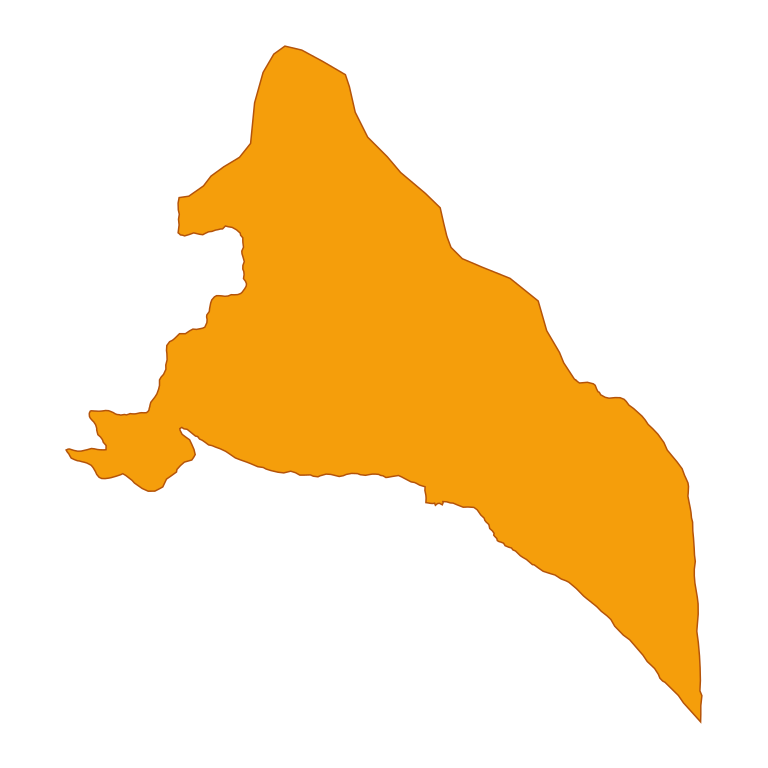 the district of Kigoma Urban, Kigoma, United Republic of Tanzania
{"feature_id": "72390352B17759889395693", "entity_name": "Kigoma Urban", "entity_type": "district", "adm_level": 2, "iso_a3": "TZA", "parent_name": "United Republic of Tanzania", "parent_adm1": "Kigoma", "projection": "mercator", "projection_center": [29.65, -4.894], "detail": "fine", "context": "isolated", "style": "filled", "palette": "amber", "viewbox_px": 768, "rotation_deg": 0, "n_neighbors": 0, "source": "geoboundaries", "source_scale": "gbopen_adm2", "svg_char_len": 5274}
<svg xmlns="http://www.w3.org/2000/svg" viewBox="0 0 768 768"><path d="M179.1,197.6L178.1,203.1L178.3,209.9L179.3,214.3L178.5,219.3L179.1,224.9L178.1,232.8L179.4,233.8L180.4,234.9L182.6,235.2L184.6,235.9L189.0,234.6L193.7,232.9L199.7,234.3L202.8,234.7L205.2,233.4L208.6,231.8L212.0,231.4L215.5,230.1L218.2,229.6L220.5,229.0L222.6,228.9L225.4,226.0L228.1,226.7L232.2,227.4L236.5,229.8L240.2,233.1L240.6,235.2L242.8,237.8L242.8,239.8L242.9,242.5L243.5,247.2L241.8,251.1L242.0,253.8L242.9,256.6L244.3,261.6L242.9,265.4L242.8,269.1L243.8,271.5L244.1,274.6L243.5,278.6L245.5,281.3L246.5,283.8L246.2,286.2L244.8,288.6L242.1,292.3L240.7,293.5L237.8,294.6L234.2,294.8L231.2,294.7L228.1,296.0L224.9,296.3L221.9,295.9L219.2,295.7L216.5,295.7L214.4,296.9L211.8,299.9L210.7,302.9L209.6,308.6L209.3,311.5L206.8,315.0L206.6,317.0L207.1,319.5L206.9,322.6L206.0,324.6L204.8,327.2L202.6,328.2L196.6,329.4L192.9,329.1L189.7,330.8L185.4,333.7L179.5,333.7L174.4,338.7L172.4,340.3L169.6,341.7L166.8,345.5L166.5,350.5L166.9,353.6L167.1,359.8L165.8,365.0L165.9,369.3L163.6,374.3L161.1,377.1L159.5,379.9L159.5,385.5L158.6,389.2L156.9,393.9L154.8,397.2L150.8,402.3L150.0,405.2L149.8,406.6L149.3,408.1L148.9,410.2L147.8,411.7L146.3,412.7L143.8,412.8L141.6,412.7L139.8,412.9L136.6,413.6L135.0,413.9L133.4,413.9L131.6,413.8L130.1,413.6L128.9,414.1L126.5,414.9L124.4,414.5L120.7,415.1L119.3,414.7L117.0,414.5L115.2,413.8L113.3,412.6L110.5,411.4L108.6,410.7L105.6,410.5L102.9,410.9L101.0,411.1L99.5,411.2L98.0,411.2L96.6,411.1L94.4,411.0L91.3,410.8L90.3,411.1L89.9,411.9L89.3,413.2L89.3,414.7L89.5,416.6L90.4,418.3L92.5,420.7L93.7,421.8L94.7,423.4L95.6,424.7L96.1,426.3L96.7,428.3L96.7,430.0L97.0,431.2L97.2,432.1L97.9,434.7L100.5,437.0L102.5,439.8L103.3,442.3L106.1,445.5L106.0,449.7L104.1,449.9L100.2,449.8L97.4,449.5L94.2,448.8L91.4,448.5L87.2,449.7L81.1,451.1L77.8,451.2L73.9,450.4L69.5,449.0L68.1,449.1L66.1,450.0L67.2,451.9L68.9,454.0L69.8,455.8L71.2,458.1L74.4,459.6L77.3,460.7L79.5,461.0L81.9,461.7L84.1,462.2L86.8,463.0L89.4,464.3L91.2,465.3L93.1,467.6L95.5,471.7L96.7,474.4L99.1,477.3L101.7,478.5L105.1,478.6L108.9,478.1L111.3,477.6L116.2,476.2L120.7,474.7L122.8,473.7L126.0,475.6L132.1,480.4L134.4,483.0L142.2,488.5L148.2,491.2L154.9,491.1L159.4,488.8L162.8,486.9L166.5,479.1L171.4,475.7L176.5,472.0L176.9,469.5L180.5,465.5L184.4,462.1L191.8,460.0L193.7,457.3L195.2,454.6L194.0,449.5L191.7,444.2L189.6,439.8L185.5,436.9L182.1,434.3L180.0,430.1L179.8,428.6L181.8,427.4L183.9,428.8L187.1,429.3L190.0,431.6L193.0,434.1L195.5,436.1L197.6,436.5L199.5,439.0L202.3,440.3L205.3,442.4L208.6,444.9L212.0,445.6L215.6,447.1L220.3,448.8L225.6,451.3L228.5,453.2L235.3,457.9L240.2,459.8L247.0,462.2L250.8,463.7L257.8,466.7L263.3,467.5L266.0,469.0L270.7,470.5L277.9,472.2L283.8,472.9L290.7,471.2L295.5,472.7L299.8,475.1L304.4,475.1L310.4,474.9L313.3,476.2L318.0,476.8L320.1,475.8L323.3,474.9L326.1,474.1L330.8,474.4L334.8,475.4L339.2,476.5L343.3,475.7L346.4,474.4L351.6,473.4L357.5,473.6L360.3,474.7L365.5,475.3L368.7,474.7L372.3,474.1L375.5,474.1L378.7,474.4L380.6,475.4L383.0,475.8L385.9,477.5L387.8,477.3L392.1,476.5L398.5,475.5L401.8,477.0L405.0,478.7L411.1,481.9L414.6,482.5L416.9,483.6L419.6,485.1L425.1,486.8L424.9,490.4L425.9,495.4L426.1,498.2L425.9,502.6L428.5,503.0L430.8,503.4L432.9,503.5L434.6,503.2L435.4,505.3L437.6,503.5L439.5,503.3L442.3,504.8L443.1,502.7L442.9,501.6L446.7,501.8L450.3,502.9L453.1,503.1L457.1,504.8L463.2,507.2L467.9,507.0L473.9,507.4L477.2,509.8L480.8,515.0L484.2,518.2L484.8,520.3L486.1,522.0L488.8,524.5L489.3,526.5L489.7,528.5L492.4,530.9L494.1,533.4L493.7,535.1L494.7,536.4L496.8,538.5L497.3,540.6L499.0,541.6L500.9,542.1L503.6,543.2L505.1,545.7L508.7,547.2L511.5,548.0L512.9,549.9L515.5,551.0L520.3,555.7L522.7,557.3L526.5,559.5L532.4,564.6L534.1,564.8L538.7,568.2L543.2,571.3L550.6,573.7L555.0,575.0L561.2,579.0L565.8,580.7L568.8,582.2L576.4,588.6L583.6,596.0L586.6,598.5L596.7,606.6L601.4,611.4L606.9,615.7L610.9,619.5L614.7,626.2L623.3,635.1L629.7,639.8L643.0,655.2L647.2,661.5L654.6,668.5L658.4,674.4L659.9,678.2L662.6,681.0L665.0,682.3L678.4,695.5L683.5,702.9L700.6,721.9L700.8,714.5L700.8,705.7L701.9,695.7L699.9,690.8L700.4,680.6L700.1,667.7L699.5,656.0L698.3,642.4L696.8,631.2L698.2,614.1L698.1,603.9L697.3,597.3L694.9,583.0L694.3,575.8L694.3,569.3L695.3,561.4L694.5,555.1L694.2,548.7L693.5,538.1L692.8,530.8L692.6,522.1L691.5,517.9L691.0,512.5L690.3,508.3L689.0,501.9L687.9,496.1L688.2,493.2L688.5,486.5L688.0,483.0L685.8,478.0L684.6,475.5L682.1,468.7L676.9,461.7L671.8,455.6L667.2,450.0L663.9,442.5L657.9,434.2L652.7,428.7L648.1,424.4L645.2,420.0L642.0,416.1L633.7,408.6L628.9,405.1L626.2,401.4L624.1,399.3L620.1,397.7L615.2,397.6L609.0,398.2L605.2,397.3L600.7,394.8L599.3,392.3L598.0,391.7L596.7,389.2L595.2,385.3L593.3,383.8L587.4,382.3L579.5,383.0L578.2,382.1L577.3,381.4L576.0,380.1L575.9,380.3L574.3,379.0L563.7,362.8L559.5,352.5L546.7,330.7L538.2,301.0L510.1,278.4L482.0,267.1L462.3,258.7L451.0,247.4L447.2,237.3L447.2,237.1L446.8,236.1L443.8,223.8L440.2,207.8L425.5,193.5L400.6,172.5L387.3,156.8L367.7,137.2L355.2,112.2L349.4,86.7L345.4,74.7L323.2,61.7L301.8,50.1L284.9,46.1L273.8,54.1L263.1,72.4L254.6,102.8L250.6,143.4L239.5,157.3L223.9,166.7L211.0,176.1L203.5,185.9L188.8,196.2L179.1,197.6Z" fill="#f59e0b" stroke="#b45309" stroke-width="1.5"/></svg>